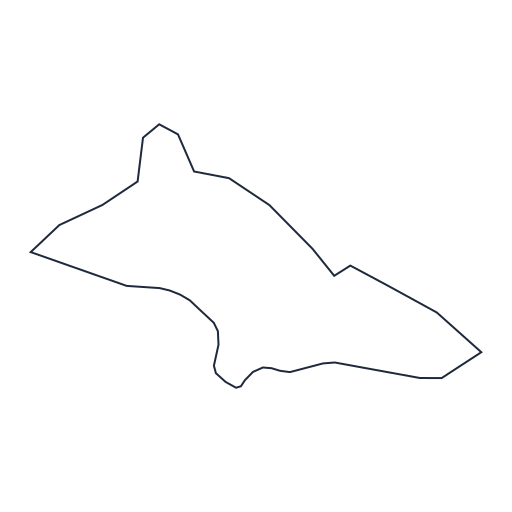 the Province of Kilis
{"feature_id": "TUR-4841", "entity_name": "Kilis", "entity_type": "Province", "adm_level": 1, "iso_a3": "TUR", "parent_name": "Turkey", "parent_adm1": "", "projection": "orthographic", "projection_center": [37.078, 36.822], "detail": "fine", "context": "isolated", "style": "outline", "palette": "slate", "viewbox_px": 512, "rotation_deg": 0, "n_neighbors": 0, "source": "natural_earth", "source_scale": "10m", "svg_char_len": 617}
<svg xmlns="http://www.w3.org/2000/svg" viewBox="0 0 512 512"><path d="M481.3,352.2L441.6,378.1L419.8,378.0L334.8,362.5L323.1,363.4L289.9,372.1L280.1,370.8L271.5,368.2L262.9,367.5L253.0,371.9L244.9,380.2L240.9,386.3L236.0,387.7L225.7,382.0L215.9,373.2L213.9,365.7L218.5,344.8L217.9,331.2L213.8,322.8L197.9,308.0L189.9,300.4L180.1,294.6L169.7,290.5L159.7,288.1L126.7,285.9L30.7,252.1L59.4,225.0L102.5,204.9L137.6,181.5L143.0,137.7L159.2,124.3L178.0,134.4L194.1,171.5L229.1,178.2L269.4,205.1L312.6,248.9L334.2,275.8L350.3,265.6L388.1,285.8L436.8,312.5L481.3,352.2Z" fill="none" stroke="#1e293b" stroke-width="2"/></svg>